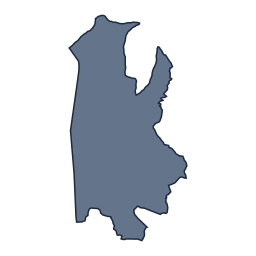 Imeko Afon, Ogun, Nigeria
{"feature_id": "59680162B69679397491551", "entity_name": "Imeko Afon", "entity_type": "district", "adm_level": 2, "iso_a3": "NGA", "parent_name": "Nigeria", "parent_adm1": "Ogun", "projection": "orthographic", "projection_center": [2.936, 7.607], "detail": "fine", "context": "isolated", "style": "filled", "palette": "slate", "viewbox_px": 256, "rotation_deg": 0, "n_neighbors": 0, "source": "geoboundaries", "source_scale": "gbopen_adm2", "svg_char_len": 3874}
<svg xmlns="http://www.w3.org/2000/svg" viewBox="0 0 256 256"><path d="M69.2,48.0L78.1,60.5L78.8,62.2L79.0,66.1L78.9,70.6L77.7,79.7L70.5,130.6L74.1,173.8L76.0,217.0L76.6,222.1L82.0,221.9L83.8,221.1L85.0,220.8L85.9,216.7L87.9,215.6L88.1,212.6L89.1,209.3L91.1,208.0L97.9,208.6L99.9,210.1L100.8,213.2L102.8,214.9L107.7,216.4L110.8,216.7L110.9,218.1L111.9,219.5L112.8,221.6L113.1,223.3L113.7,224.5L114.5,226.1L114.0,227.1L113.8,227.8L113.7,229.1L114.8,230.0L115.6,230.3L116.2,231.1L116.7,233.6L117.3,235.1L118.6,235.2L119.9,234.9L121.4,235.7L121.9,236.2L121.1,238.9L123.1,239.5L124.9,239.4L126.3,238.9L130.6,239.0L132.9,239.0L135.1,239.1L137.5,239.0L141.8,240.6L143.0,238.8L144.3,235.9L144.5,233.9L144.2,231.3L145.0,229.2L146.1,227.6L147.1,227.2L137.9,218.4L134.4,214.1L133.8,210.1L137.7,206.1L140.8,207.8L144.2,208.1L147.7,209.5L160.3,214.4L161.4,213.5L162.1,213.2L163.7,213.0L165.0,213.2L166.1,213.4L167.3,212.1L167.5,209.3L167.8,207.9L167.6,206.7L167.1,204.8L167.1,204.1L166.7,203.2L165.9,202.5L166.0,201.0L166.0,200.1L165.9,199.1L165.9,198.8L166.1,198.6L166.3,198.3L166.6,197.9L166.4,197.8L166.3,197.7L165.9,197.2L166.3,196.8L166.5,196.3L166.5,195.8L166.8,195.0L168.2,194.6L170.7,192.0L170.5,190.7L169.8,189.2L168.5,185.4L171.7,184.3L175.1,182.7L177.0,180.6L179.2,178.0L181.4,176.9L184.8,178.1L186.2,178.1L186.0,177.0L185.9,176.7L185.6,174.8L184.9,173.8L184.3,172.3L184.3,170.6L185.7,168.5L185.8,168.0L186.1,167.0L186.6,166.5L186.8,165.5L186.3,163.3L185.7,161.9L184.3,160.2L183.7,158.4L183.3,157.3L182.8,156.3L179.0,155.7L177.9,154.9L175.8,153.6L174.9,152.0L172.9,149.7L171.8,148.4L170.1,147.8L169.1,147.6L168.7,145.5L166.6,145.1L165.5,144.7L165.4,144.7L164.2,144.5L163.3,142.4L161.8,140.8L160.1,138.4L158.5,136.7L157.0,135.0L155.7,132.2L154.5,129.4L153.3,128.1L153.2,126.3L155.6,123.3L158.9,122.1L160.0,120.7L161.4,116.7L162.1,112.2L162.3,109.9L161.0,108.4L161.0,107.1L160.7,106.7L159.9,106.4L159.5,105.9L160.0,105.4L160.6,105.2L160.4,104.6L160.8,104.1L159.9,103.5L158.5,103.4L159.1,102.3L159.8,101.5L160.6,101.1L163.0,100.4L162.6,99.9L161.5,99.5L160.9,98.3L162.4,97.5L164.0,97.5L165.8,96.9L166.5,96.3L165.3,95.3L164.3,94.7L163.7,93.8L164.9,92.4L167.0,90.2L167.4,89.2L167.7,87.6L167.1,86.0L168.1,84.3L169.1,83.2L169.0,81.6L169.6,80.7L171.6,79.4L171.6,78.5L170.7,78.3L169.7,76.9L170.3,75.1L170.1,74.0L170.1,72.2L169.3,71.3L170.0,69.3L170.0,68.1L170.8,67.9L171.6,67.6L172.5,66.4L172.0,65.5L171.1,63.2L169.8,61.6L167.1,57.5L165.7,55.1L163.9,54.7L163.0,53.5L162.5,52.2L161.1,49.9L160.4,49.2L160.0,48.6L159.6,47.8L159.3,47.3L158.7,47.0L158.3,46.8L158.2,46.8L157.8,47.0L157.5,47.8L157.3,48.3L157.1,48.8L157.1,49.4L157.3,50.0L157.1,50.6L156.8,53.5L156.2,55.8L156.6,59.7L156.1,62.6L154.9,66.0L153.6,68.2L152.3,72.2L151.9,76.0L150.2,79.7L149.4,83.2L147.6,85.4L145.4,87.2L143.9,89.6L141.8,90.9L140.2,92.8L138.2,93.9L137.3,94.6L136.2,95.0L135.7,93.8L135.4,92.3L135.2,90.7L136.1,87.9L135.9,83.9L136.5,81.4L136.3,80.5L135.8,79.5L135.2,78.7L134.5,78.3L133.5,78.3L132.1,78.2L130.5,77.5L128.5,77.1L126.0,75.8L125.2,75.1L125.2,73.3L124.8,72.2L125.2,70.6L125.7,67.7L125.2,64.2L125.3,60.4L125.3,56.8L124.1,53.9L123.5,46.3L125.2,40.8L125.9,35.7L128.0,31.8L130.9,29.4L132.0,28.1L133.0,27.4L134.3,26.8L135.3,26.3L136.1,25.4L137.1,25.3L137.8,24.8L138.8,24.5L139.5,23.9L139.6,23.3L139.2,22.9L137.7,22.5L135.5,22.4L133.0,22.1L131.5,22.7L129.6,22.8L127.9,22.7L125.6,23.3L124.2,23.6L122.7,23.8L121.9,23.6L120.7,23.7L119.3,23.4L117.6,22.8L115.0,22.1L113.1,22.3L111.6,21.4L110.2,21.5L109.3,20.9L108.2,20.2L107.2,19.0L106.4,18.2L105.5,16.7L104.4,15.8L102.7,15.4L101.5,15.5L99.6,16.0L98.0,16.6L97.0,17.5L96.3,18.0L95.5,18.6L95.4,20.4L95.3,21.5L95.1,23.2L94.5,25.1L93.8,26.2L93.2,26.9L92.8,27.7L92.7,28.1L92.0,28.6L91.4,29.3L90.7,30.0L89.9,30.8L87.9,31.3L87.0,32.0L86.1,33.0L84.0,34.1L82.5,35.5L81.0,36.6L78.0,40.5L74.9,42.7L72.2,45.6L69.2,48.0Z" fill="#64748b" stroke="#1e293b" stroke-width="1.5"/></svg>